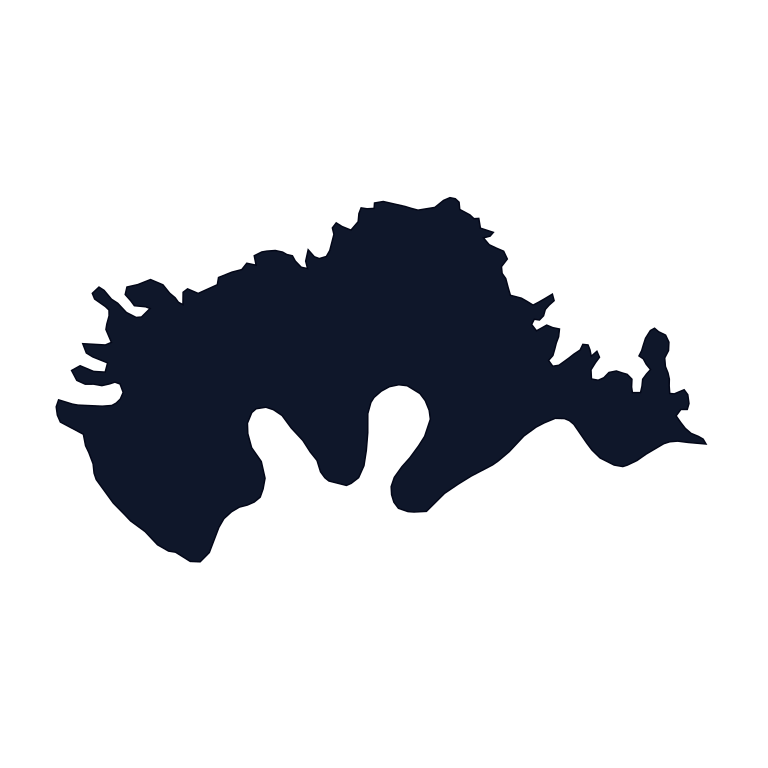 the district of Capanema, Paraná, Brazil, rotated 184°
{"feature_id": "56859067B47648271195329", "entity_name": "Capanema", "entity_type": "district", "adm_level": 2, "iso_a3": "BRA", "parent_name": "Brazil", "parent_adm1": "Paraná", "projection": "robinson", "projection_center": [-53.789, -25.607], "detail": "fine", "context": "isolated", "style": "filled", "palette": "ink", "viewbox_px": 768, "rotation_deg": 184, "n_neighbors": 0, "source": "geoboundaries", "source_scale": "gbopen_adm2", "svg_char_len": 3751}
<svg xmlns="http://www.w3.org/2000/svg" viewBox="0 0 768 768"><g transform="rotate(184 384 384)"><path d="M677.4,301.6L673.7,295.1L668.6,284.0L667.0,274.8L664.4,268.6L645.8,246.4L634.5,236.4L627.2,229.7L612.0,220.1L598.7,207.8L587.3,202.3L580.3,201.7L564.9,193.5L555.0,193.8L546.5,203.7L538.7,229.5L534.3,238.5L527.2,245.9L519.7,251.1L511.9,253.7L505.2,257.2L499.6,262.5L497.3,270.9L496.1,281.7L501.0,298.1L511.6,311.2L516.4,325.0L517.5,335.4L513.9,346.3L509.8,350.4L500.2,352.6L492.6,350.7L483.5,345.5L473.5,333.7L461.0,322.0L452.8,311.0L445.5,303.1L441.2,292.0L436.5,286.4L432.2,283.4L414.4,280.2L409.8,282.6L402.8,288.8L398.3,301.1L397.0,316.5L396.8,334.3L398.1,353.3L395.8,364.7L393.0,369.9L386.2,376.7L378.4,381.7L369.2,384.3L360.7,383.9L347.5,377.0L341.7,370.3L337.1,360.9L335.3,352.1L339.8,334.6L345.2,324.6L353.1,312.1L360.3,302.8L367.2,291.6L369.7,282.1L368.7,274.1L365.9,266.8L360.9,261.0L351.2,258.4L345.2,258.4L332.8,259.9L316.0,279.1L303.0,289.3L290.5,298.3L270.0,310.9L264.6,315.3L254.4,325.2L240.8,341.9L229.3,351.6L221.3,356.5L210.8,361.7L201.5,362.1L196.5,360.4L191.9,357.1L177.7,339.3L171.9,332.6L163.3,325.3L148.8,319.2L140.0,318.3L135.7,320.0L126.3,325.3L117.7,332.3L100.7,344.0L94.9,346.3L87.1,347.5L76.4,346.9L58.6,346.6L61.8,351.3L66.8,353.7L74.3,356.2L80.4,360.8L85.4,366.4L90.4,372.6L86.1,379.3L79.7,379.8L78.4,385.8L80.2,394.5L84.2,399.2L89.0,396.8L93.7,394.4L98.3,394.5L99.4,402.2L99.7,408.8L101.5,414.9L104.5,421.1L105.8,429.6L102.5,437.2L102.7,445.6L106.5,452.4L113.7,455.3L118.0,458.5L122.0,455.9L126.3,447.9L128.1,440.6L129.3,435.2L131.6,429.8L127.1,427.2L123.8,422.0L119.1,417.0L122.8,412.3L126.3,406.8L126.5,399.8L127.5,393.3L135.6,392.7L136.8,398.3L137.0,406.1L142.1,410.6L147.3,411.7L153.1,413.2L160.4,411.2L165.1,405.6L170.6,402.7L177.4,403.5L178.5,412.6L174.5,420.1L170.9,425.7L173.9,431.5L179.2,426.1L180.9,432.4L183.2,437.2L188.4,437.4L190.7,431.6L196.7,427.0L201.2,422.9L206.2,418.7L210.8,414.9L216.9,413.5L221.5,419.0L217.5,424.2L216.0,431.3L215.0,436.9L213.1,443.3L212.8,451.1L219.6,452.0L225.8,454.1L230.3,451.1L235.6,447.7L240.9,453.7L238.6,459.1L233.4,458.7L229.6,463.2L228.3,469.6L224.8,474.2L220.1,479.0L222.3,485.4L229.9,480.1L235.6,476.3L240.8,473.1L246.9,476.3L252.9,479.2L259.2,480.4L264.1,481.3L266.9,488.9L269.9,497.7L273.9,502.6L275.0,509.3L269.7,517.3L273.9,524.8L281.7,527.5L288.8,530.3L295.0,536.7L288.5,538.9L285.5,542.9L298.7,546.2L301.0,555.8L305.8,555.2L310.1,558.7L320.6,563.4L321.8,570.6L325.8,573.8L331.2,574.5L337.4,571.3L345.6,563.7L356.7,561.1L362.2,559.8L369.0,561.1L375.5,562.6L397.5,566.0L406.1,563.9L406.1,558.5L413.1,557.6L419.1,558.1L420.9,552.3L421.1,544.1L427.7,535.2L436.9,538.2L442.9,541.4L446.4,536.1L444.4,529.8L447.4,513.4L450.4,507.2L457.3,504.6L462.4,506.1L469.0,512.6L470.7,501.1L468.3,493.8L474.7,494.7L481.1,500.5L484.3,505.5L490.0,506.4L494.3,508.5L501.8,509.6L510.1,508.4L515.1,507.2L522.4,502.9L519.9,493.6L529.3,494.9L533.9,488.2L543.5,485.0L556.5,478.7L557.2,471.4L575.7,461.4L586.6,465.2L590.8,461.5L590.1,449.1L594.8,451.2L598.4,455.5L604.1,459.6L611.4,467.5L624.2,471.9L631.1,468.6L636.5,466.0L647.2,462.8L648.4,455.2L642.5,449.4L638.5,444.7L627.1,444.4L622.6,443.0L630.6,433.9L635.9,433.1L646.0,437.4L655.3,446.0L661.8,449.6L669.8,457.9L675.1,460.8L681.3,454.1L678.6,448.6L667.3,441.8L663.5,438.6L663.0,432.8L664.7,424.4L665.2,419.0L658.8,406.5L664.7,403.5L687.3,403.2L683.1,394.2L676.4,390.7L661.2,385.8L663.0,376.4L674.6,376.3L688.4,381.0L696.6,375.7L690.7,366.2L682.1,363.0L673.6,363.6L665.3,362.7L657.7,365.0L652.6,367.1L647.3,365.6L643.6,357.4L646.0,350.6L649.8,346.3L654.0,343.6L663.6,342.2L687.8,341.6L693.4,342.2L707.5,345.5L709.4,338.4L707.7,330.2L704.2,323.5L680.4,312.9L677.4,301.6Z" fill="#0f172a" stroke="#020617" stroke-width="1.5"/></g></svg>